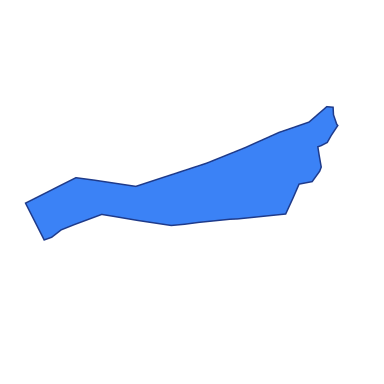 the district of Hojambaz, Chardzhou, Turkmenistan, rotated 71°
{"feature_id": "10190150B33787597924926", "entity_name": "Hojambaz", "entity_type": "district", "adm_level": 2, "iso_a3": "TKM", "parent_name": "Turkmenistan", "parent_adm1": "Chardzhou", "projection": "mercator", "projection_center": [64.12, 37.845], "detail": "fine", "context": "isolated", "style": "filled", "palette": "blue", "viewbox_px": 384, "rotation_deg": 71, "n_neighbors": 0, "source": "geoboundaries", "source_scale": "gbopen_adm2", "svg_char_len": 807}
<svg xmlns="http://www.w3.org/2000/svg" viewBox="0 0 384 384"><g transform="rotate(71 192 192)"><path d="M157.8,31.0L155.2,36.8L159.1,46.5L164.0,58.6L164.0,59.0L164.0,90.3L166.5,118.1L167.3,126.5L168.1,141.4L168.1,141.5L169.5,168.7L168.4,243.3L149.0,280.5L140.7,297.1L143.2,315.9L145.7,333.8L148.3,353.0L148.6,353.0L167.4,350.4L186.1,347.8L189.2,347.4L189.1,339.4L185.3,328.3L185.2,328.0L184.5,313.8L183.8,284.6L184.2,283.9L189.9,273.3L201.1,252.8L216.9,222.5L220.2,209.0L220.2,208.9L222.9,195.6L230.1,165.0L232.3,157.6L235.9,142.2L240.5,122.5L243.3,110.6L230.3,98.2L219.4,88.2L220.3,81.9L221.3,75.0L213.9,64.5L210.5,61.7L198.0,59.7L190.2,58.3L190.2,58.0L190.2,54.8L189.2,48.0L183.8,41.9L176.6,32.5L175.1,33.1L166.7,33.1L165.1,33.1L157.8,31.0Z" fill="#3b82f6" stroke="#1e3a8a" stroke-width="1.5"/></g></svg>